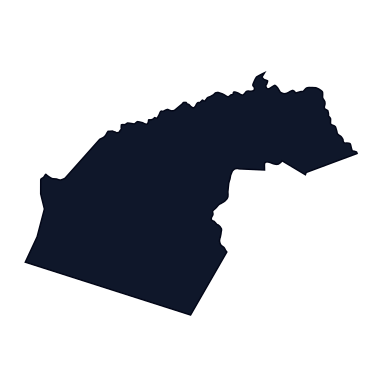 San Marcos de Caiquin, Lempira, Honduras, rotated 183°
{"feature_id": "27666195B28555901802935", "entity_name": "San Marcos de Caiquin", "entity_type": "district", "adm_level": 2, "iso_a3": "HND", "parent_name": "Honduras", "parent_adm1": "Lempira", "projection": "natural_earth1", "projection_center": [-88.626, 14.387], "detail": "fine", "context": "isolated", "style": "filled", "palette": "ink", "viewbox_px": 384, "rotation_deg": 183, "n_neighbors": 0, "source": "geoboundaries", "source_scale": "gbopen_adm2", "svg_char_len": 6000}
<svg xmlns="http://www.w3.org/2000/svg" viewBox="0 0 384 384"><g transform="rotate(183 192 192)"><path d="M187.0,69.1L154.1,133.9L155.5,135.6L156.4,137.2L157.2,138.3L158.2,139.0L159.6,139.9L160.4,140.6L161.0,141.6L161.5,142.7L161.7,143.6L162.0,144.4L161.9,145.9L161.7,147.3L161.4,148.3L160.9,151.6L160.8,153.4L160.5,155.6L160.7,156.8L162.2,158.9L164.0,160.4L165.5,160.9L167.1,162.6L168.5,163.9L170.0,164.3L171.1,165.1L171.4,166.5L171.1,167.9L170.1,169.9L169.9,170.7L170.0,171.8L170.4,173.1L170.4,174.0L169.8,174.9L167.8,176.8L166.9,177.8L164.9,180.4L163.8,181.4L162.7,181.9L161.4,182.8L160.0,183.7L158.7,184.7L157.8,185.8L157.1,186.5L156.3,187.9L155.9,189.2L155.9,191.3L156.2,194.0L155.8,202.5L155.3,205.1L154.8,206.9L154.3,210.8L152.8,215.1L151.0,217.0L149.7,217.6L148.5,217.8L147.5,217.9L146.2,217.6L120.7,217.8L121.1,223.0L121.0,224.6L120.2,225.5L119.2,225.9L118.5,226.0L116.7,225.8L115.4,225.5L112.4,224.5L110.8,224.2L109.0,224.0L107.4,224.3L106.2,225.1L105.4,225.8L104.5,226.7L103.7,227.9L79.7,215.2L79.0,217.5L29.2,239.1L29.4,239.4L29.5,240.2L29.7,240.4L29.9,240.6L30.6,240.8L32.0,241.2L32.8,241.3L33.7,241.3L34.0,241.4L34.2,241.6L34.7,242.9L35.2,244.3L36.0,247.2L36.4,248.1L36.6,248.4L36.8,248.6L37.1,248.7L37.4,248.8L38.9,249.0L40.3,249.0L41.5,248.8L42.0,248.8L42.5,249.0L42.8,249.3L43.3,249.8L43.6,250.4L43.8,251.0L43.9,252.0L44.2,252.7L44.7,253.5L45.4,254.4L45.9,255.0L46.5,255.5L48.6,256.7L49.6,257.6L49.9,257.9L50.1,258.4L50.5,260.0L51.1,261.8L51.9,264.0L52.2,264.6L52.5,264.9L53.4,265.5L54.2,265.8L55.2,266.1L55.7,266.3L56.5,266.7L57.1,267.2L57.2,267.5L57.3,268.0L57.4,272.2L57.7,272.8L58.2,273.6L58.6,274.0L59.2,274.5L59.5,274.8L59.6,275.1L59.7,275.7L59.8,276.8L59.9,277.8L60.2,278.9L60.6,280.2L60.7,280.4L63.8,282.0L64.0,282.4L64.3,283.4L64.3,284.2L64.2,284.8L63.9,286.1L63.8,287.0L63.9,288.1L64.1,289.2L64.3,289.5L64.8,290.4L66.0,292.0L66.2,292.3L66.4,292.8L66.5,293.3L66.6,293.9L66.6,296.0L66.7,297.2L66.8,298.2L66.9,298.6L67.1,298.9L67.3,299.2L68.6,300.2L69.6,300.8L70.8,301.5L72.6,302.2L73.8,302.6L74.4,302.6L77.2,302.6L80.1,302.5L81.2,302.4L82.0,302.2L82.5,302.1L83.0,301.8L83.5,301.5L84.1,300.9L84.9,299.9L85.9,298.6L86.2,298.3L86.6,298.2L86.9,298.1L87.8,298.1L88.6,298.0L93.0,296.5L93.7,296.3L93.9,296.4L94.1,296.6L94.5,297.3L95.0,297.9L96.4,298.6L96.6,298.7L96.8,298.7L97.6,298.4L98.6,297.9L99.5,297.4L100.9,296.4L101.9,295.9L102.7,295.5L103.4,295.3L104.3,295.1L104.9,295.0L106.0,295.1L107.0,295.4L108.1,295.8L108.9,296.2L109.3,296.6L112.1,300.7L113.7,302.2L114.3,302.6L114.7,302.8L114.9,302.8L115.1,302.8L115.9,302.3L117.4,301.3L119.3,299.9L120.4,299.2L121.1,299.0L121.6,298.9L122.0,299.0L122.5,299.2L122.8,299.6L123.2,300.1L123.7,301.1L123.9,301.7L123.9,302.0L123.7,302.6L123.2,303.4L123.0,303.9L122.4,305.9L122.3,306.8L122.4,307.0L124.1,307.6L125.9,308.1L126.1,308.2L127.3,309.4L128.1,310.2L128.2,310.4L125.8,314.9L128.3,313.5L131.8,311.4L133.5,310.3L133.8,309.9L134.8,308.0L135.8,305.5L136.4,303.8L136.7,302.9L136.8,302.4L136.8,301.9L136.7,301.4L136.5,301.1L136.0,300.7L135.6,300.3L135.4,299.8L135.2,299.1L135.0,298.4L135.1,297.9L135.2,297.3L135.5,296.9L135.9,296.5L136.4,296.2L137.7,295.8L139.3,295.6L141.0,295.8L141.5,295.7L142.1,295.6L142.6,295.4L143.0,295.2L143.4,294.8L144.3,293.5L145.1,292.5L145.9,291.8L146.3,291.5L146.6,291.4L146.9,291.4L148.0,291.7L149.2,292.2L150.6,293.0L151.6,293.4L153.7,294.0L154.6,294.1L155.2,294.1L155.6,293.9L155.8,293.6L155.9,293.2L155.9,292.6L156.0,292.2L156.2,291.8L156.4,291.5L156.7,291.4L157.0,291.2L157.3,291.2L157.8,291.2L158.1,291.1L159.3,290.0L160.4,289.1L160.7,288.9L161.0,288.9L161.7,289.1L162.3,289.3L163.2,289.8L164.8,290.7L166.8,291.6L167.5,291.8L171.2,292.8L172.0,292.7L173.1,292.4L173.8,292.2L174.0,292.0L174.8,291.2L175.4,290.4L175.7,290.2L178.8,288.2L179.6,287.9L180.8,287.4L181.4,287.0L181.9,286.5L182.4,285.6L183.0,284.8L183.9,283.6L184.1,283.4L184.3,283.4L184.5,283.4L185.4,283.7L185.7,283.9L186.1,284.3L186.4,284.3L186.7,284.1L187.1,283.5L187.8,282.8L188.9,281.7L189.2,281.6L189.5,281.6L190.0,281.7L190.3,281.7L190.6,281.6L190.9,281.5L191.5,280.9L192.1,280.0L192.3,279.6L192.8,278.3L193.3,277.5L194.0,276.7L194.4,276.4L194.6,276.2L195.1,276.1L195.5,276.2L196.1,276.4L196.7,276.7L197.9,277.5L199.2,278.8L199.7,279.2L200.6,279.5L200.8,279.5L201.1,279.5L201.4,279.5L201.9,280.3L202.6,281.1L202.8,281.1L203.7,281.1L204.9,281.0L205.2,280.9L205.6,280.6L206.1,279.8L206.6,279.2L210.2,275.9L213.0,273.3L213.7,272.7L214.1,272.5L214.9,272.2L215.6,272.1L217.0,272.0L218.5,272.4L220.3,273.1L220.7,273.2L221.6,272.9L222.5,272.5L223.9,271.7L225.0,271.0L225.9,271.0L226.7,271.2L227.1,271.1L227.4,270.8L227.8,270.3L228.2,269.4L228.7,267.9L229.1,267.0L230.2,264.7L230.8,263.7L233.2,264.3L233.3,264.3L233.5,264.1L233.8,263.6L234.0,263.3L235.0,262.6L235.5,262.4L236.2,262.1L236.9,261.9L238.2,261.9L238.7,261.9L239.0,261.8L239.1,261.6L239.2,261.4L239.1,260.6L239.2,260.1L239.6,258.6L239.8,258.2L240.1,257.8L240.4,257.5L240.7,257.3L240.9,257.3L241.3,257.3L242.3,257.5L243.5,257.9L244.9,258.6L245.4,258.7L248.7,259.3L249.9,259.4L250.2,259.4L250.7,259.1L252.6,257.3L252.9,257.1L253.1,257.0L254.0,257.0L255.7,257.2L259.0,257.5L259.8,257.5L260.1,257.5L260.4,257.3L261.8,256.2L262.5,255.8L263.2,255.7L264.9,255.7L265.8,255.5L266.0,255.4L266.0,255.2L266.1,254.6L266.1,252.9L265.9,251.4L266.0,250.9L266.2,250.6L266.6,250.1L266.9,249.7L267.2,249.3L267.4,248.6L267.5,248.4L267.8,248.1L268.0,247.9L268.7,247.6L269.3,247.4L270.0,247.2L270.6,247.2L271.0,247.3L271.4,247.7L271.6,247.8L273.7,248.3L274.3,248.6L274.8,248.7L275.1,248.7L275.8,248.5L276.8,248.4L279.0,248.2L280.1,246.4L280.8,244.8L282.1,242.9L283.5,241.7L286.9,239.8L319.1,199.6L319.9,198.8L322.0,197.8L323.8,197.1L324.1,197.0L324.7,197.1L325.9,197.3L327.6,197.8L327.9,197.9L332.0,198.0L332.4,198.1L333.2,198.4L335.3,199.5L337.4,200.8L338.0,201.3L338.7,201.9L338.9,202.0L339.1,201.9L339.3,201.7L339.9,200.6L341.0,198.8L343.1,197.4L343.4,197.1L343.6,196.6L343.7,196.2L343.0,182.2L338.5,167.3L344.3,139.2L354.8,113.2L187.0,69.1Z" fill="#0f172a" stroke="#020617" stroke-width="1.5"/></g></svg>